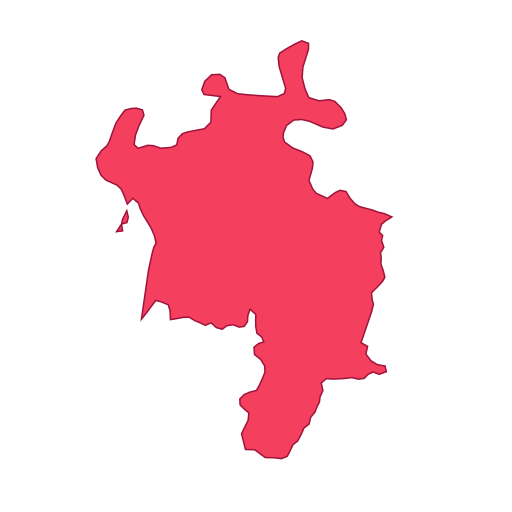 the district of Campos Borges, Rio Grande do Sul, Brazil, rotated 80°
{"feature_id": "56859067B64175981570614", "entity_name": "Campos Borges", "entity_type": "district", "adm_level": 2, "iso_a3": "BRA", "parent_name": "Brazil", "parent_adm1": "Rio Grande do Sul", "projection": "mercator", "projection_center": [-53.06, -28.908], "detail": "fine", "context": "isolated", "style": "filled", "palette": "rose", "viewbox_px": 512, "rotation_deg": 80, "n_neighbors": 0, "source": "geoboundaries", "source_scale": "gbopen_adm2", "svg_char_len": 2793}
<svg xmlns="http://www.w3.org/2000/svg" viewBox="0 0 512 512"><g transform="rotate(80 256 256)"><path d="M241.1,115.4L236.4,122.5L234.1,128.0L230.7,133.8L227.4,141.1L225.1,145.8L221.8,149.5L215.6,153.3L208.1,156.2L205.9,161.8L207.3,167.0L211.7,175.7L204.6,185.9L200.0,188.5L190.7,190.7L179.4,185.2L173.4,183.5L166.8,185.4L161.6,191.9L156.0,201.0L148.7,208.1L143.6,208.8L138.9,207.2L132.8,203.2L128.7,195.2L129.5,187.3L132.8,179.6L140.6,167.9L144.3,158.1L142.3,148.3L137.5,143.3L131.1,143.9L124.8,146.4L117.5,151.5L114.8,156.4L114.1,167.0L109.2,176.5L99.9,178.7L88.4,179.6L78.1,177.0L68.1,171.8L61.5,168.4L55.7,167.3L52.0,173.6L53.9,180.4L56.7,188.7L60.3,197.4L64.5,199.7L73.3,200.3L86.7,198.8L96.0,197.7L100.9,199.9L102.8,207.1L99.1,223.1L96.0,235.4L93.0,245.9L87.2,253.7L75.0,255.7L70.8,260.1L69.8,268.2L75.0,276.1L82.8,280.5L87.9,279.2L92.8,263.3L104.5,274.7L116.4,277.2L121.7,284.7L121.9,301.4L122.8,307.3L126.5,312.3L132.8,314.8L134.3,320.7L133.3,331.0L129.5,338.0L128.2,343.3L129.4,353.4L125.1,356.7L115.8,353.6L106.9,348.3L98.0,341.9L92.4,342.5L89.6,348.1L89.1,353.4L89.6,359.7L94.5,365.0L100.9,370.9L111.4,377.1L117.7,380.5L121.6,383.7L125.5,390.2L132.4,396.6L141.5,396.6L149.6,394.6L155.3,390.5L162.1,380.5L166.8,377.1L172.1,375.7L182.5,373.7L177.8,367.3L183.6,362.5L189.2,361.8L196.6,359.8L202.4,357.5L209.5,354.7L218.3,352.5L225.9,352.2L229.8,355.2L235.6,357.9L251.8,364.5L298.3,379.8L292.7,373.4L287.2,367.6L282.4,362.3L284.7,357.3L288.9,350.8L295.2,350.2L303.8,351.3L303.9,344.2L303.8,338.5L304.7,332.4L308.9,327.6L312.3,322.4L315.5,317.8L314.0,311.8L319.6,307.5L322.3,302.0L319.6,296.8L319.8,290.3L323.1,285.0L323.3,279.9L319.2,275.8L313.3,274.4L307.4,271.1L313.6,266.3L319.6,267.6L325.3,268.5L332.3,268.5L336.8,264.4L341.9,263.2L342.6,268.5L345.5,273.8L352.8,274.6L358.9,269.2L366.0,266.5L372.1,267.4L377.5,270.8L383.3,274.7L388.4,278.8L389.0,285.9L390.4,291.6L394.0,296.8L399.9,297.5L404.8,294.1L409.2,290.3L416.5,292.3L421.7,296.2L428.5,301.1L444.7,300.0L446.6,290.9L451.5,286.3L456.1,281.9L457.8,273.3L460.0,266.0L458.7,260.1L453.7,256.2L448.3,252.4L445.4,247.1L439.5,242.5L433.7,238.6L430.7,232.9L424.4,230.2L419.9,225.0L414.9,222.0L410.9,218.9L405.8,217.4L400.2,213.5L392.4,213.8L389.0,208.1L390.6,201.3L391.9,191.2L392.4,182.7L395.1,176.6L395.3,170.7L391.9,165.9L390.6,160.8L393.9,155.3L392.6,147.8L386.7,148.0L384.1,155.3L379.2,160.9L371.7,164.8L364.3,161.8L359.6,167.6L330.7,151.7L323.8,148.7L319.2,149.2L312.3,148.7L307.0,141.1L303.0,135.8L299.4,132.8L292.8,133.2L285.4,134.4L279.6,133.0L274.5,132.8L269.6,128.6L262.3,129.7L257.8,127.7L253.9,130.5L246.6,126.9L243.7,121.9L241.1,115.4ZM201.2,382.9L200.7,377.3L195.6,375.0L189.0,375.4L196.5,380.9L201.2,382.9ZM201.2,382.9L207.8,389.1L208.1,383.0L201.2,382.9Z" fill="#f43f5e" stroke="#9f1239" stroke-width="1.5"/></g></svg>